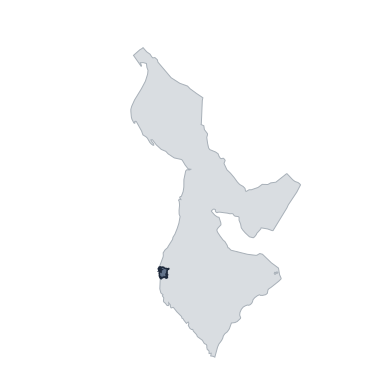 location of Angoche, Nampula, Mozambique, rotated 142°
{"feature_id": "85939544B28799715012212", "entity_name": "Angoche", "entity_type": "district", "adm_level": 2, "iso_a3": "MOZ", "parent_name": "Mozambique", "parent_adm1": "Nampula", "projection": "albers", "projection_center": [39.817, -16.095], "detail": "fine", "context": "in_parent", "style": "filled", "palette": "slate", "viewbox_px": 384, "rotation_deg": 142, "n_neighbors": 0, "source": "geoboundaries", "source_scale": "gbopen_adm2", "svg_char_len": 7428}
<svg xmlns="http://www.w3.org/2000/svg" viewBox="0 0 384 384"><g transform="rotate(142 192 192)"><path d="M125.4,259.6L127.6,257.7L142.4,240.3L143.3,239.6L141.9,236.9L143.8,233.6L143.9,228.5L144.5,227.6L146.8,225.9L149.9,220.5L151.8,216.4L151.9,214.5L148.8,209.0L147.9,206.1L148.7,203.5L148.9,201.1L148.5,200.3L146.6,199.4L146.3,198.3L146.3,197.0L146.6,196.3L148.8,195.1L149.3,194.5L150.8,188.0L150.1,183.1L149.9,177.6L150.1,171.8L149.8,168.6L148.3,164.9L148.0,162.2L149.0,160.3L149.1,159.1L145.6,158.6L143.8,157.2L137.1,154.9L132.0,154.8L127.6,151.2L124.3,150.7L119.9,148.1L106.4,148.2L105.9,147.9L105.1,139.7L104.4,137.0L102.6,134.1L102.1,132.1L102.1,130.8L109.5,127.4L124.0,122.6L127.1,121.0L151.9,111.7L152.6,112.2L155.2,116.4L159.6,121.2L160.6,120.5L166.5,119.5L167.4,118.9L169.2,118.4L171.3,118.1L172.0,118.3L174.3,121.3L175.2,127.0L175.4,130.8L175.2,133.5L173.5,136.7L172.3,140.8L170.5,143.0L170.6,144.0L172.8,146.3L173.3,147.3L173.2,149.4L173.6,150.2L175.5,151.5L177.0,153.4L182.5,159.0L183.9,160.0L185.0,160.3L185.5,161.4L185.3,162.7L184.4,163.5L184.8,164.6L185.8,165.4L188.3,165.2L188.6,164.8L188.3,159.7L187.4,156.8L186.3,155.4L188.3,149.9L189.4,148.3L193.4,147.7L195.3,147.1L196.0,146.4L196.6,144.7L197.0,139.8L197.1,135.2L196.6,132.5L197.1,128.4L198.0,125.9L197.5,125.4L197.1,122.1L186.6,108.7L180.7,102.8L179.7,102.2L176.5,101.8L174.8,99.6L173.1,87.5L170.7,78.8L173.9,72.9L174.9,69.1L175.6,68.6L178.5,68.3L188.7,68.2L191.2,68.4L192.4,68.1L195.0,65.8L197.1,65.7L200.1,67.1L201.7,68.4L202.0,69.4L204.0,70.0L207.7,70.1L210.3,69.5L212.0,68.2L213.7,67.5L215.6,67.4L217.0,67.8L217.9,68.8L219.7,69.4L222.4,69.8L225.3,69.2L228.4,67.5L230.2,65.7L231.1,62.9L231.7,62.5L236.2,62.1L238.6,62.7L241.6,64.5L246.8,61.2L250.2,60.1L253.3,60.1L255.9,59.3L257.9,57.8L260.1,56.8L264.5,55.6L267.4,54.0L275.7,47.8L276.6,49.6L278.2,51.3L276.1,53.1L278.0,54.2L276.6,56.0L276.4,57.2L277.0,58.3L276.1,60.3L274.9,61.8L274.6,63.0L275.6,65.0L275.1,68.7L276.8,74.7L276.2,76.8L276.6,81.5L276.0,83.3L277.0,83.9L277.6,85.8L277.1,89.1L275.3,90.5L275.1,91.9L277.3,91.9L277.3,96.1L277.0,97.3L277.6,98.7L276.9,100.3L277.7,107.0L277.7,111.8L277.8,112.6L279.8,113.5L279.7,114.8L278.5,116.5L278.6,119.1L279.9,117.1L280.7,117.1L281.5,117.9L281.5,120.8L281.9,122.3L281.7,123.6L279.4,126.0L279.3,128.4L278.4,128.7L278.0,129.2L278.6,130.6L278.6,131.8L277.0,135.5L269.4,144.4L269.2,145.9L267.3,148.7L265.2,149.1L264.0,149.9L264.9,152.4L254.8,158.6L253.8,159.5L252.2,161.8L248.8,163.0L245.2,163.2L244.6,163.7L236.5,166.6L234.9,168.0L231.4,169.3L225.9,172.5L221.5,175.5L216.5,180.0L215.8,182.4L213.5,185.5L209.9,189.3L207.9,192.4L207.7,193.7L206.5,194.2L205.4,192.9L205.0,195.4L204.1,195.6L203.1,195.1L198.7,197.8L195.4,200.9L190.8,206.7L184.0,212.5L182.4,212.7L180.2,210.8L179.0,210.7L180.8,212.7L180.8,217.4L180.1,222.9L180.3,224.1L185.0,229.8L187.3,236.6L187.6,240.1L190.0,244.5L191.1,251.2L191.0,257.5L192.2,258.4L192.6,257.5L192.6,253.6L193.2,252.5L193.9,252.7L194.5,254.8L194.7,257.0L194.0,261.9L194.3,263.9L195.5,267.2L194.2,271.1L192.5,281.8L192.9,282.5L194.0,282.7L194.3,281.5L194.9,281.5L195.3,282.2L194.5,286.4L193.7,288.3L190.8,292.8L189.3,294.8L186.7,296.7L180.6,299.9L168.3,304.5L160.5,308.0L154.4,312.2L151.8,314.9L150.8,318.0L148.8,321.3L150.7,323.9L153.1,325.7L154.1,322.5L154.7,322.4L154.0,335.7L145.5,336.2L143.1,335.8L141.7,335.9L141.4,330.4L140.2,326.4L140.5,323.4L140.3,321.8L138.5,320.8L137.9,317.7L138.9,315.2L138.1,294.9L134.7,285.2L130.3,278.2L130.0,274.7L127.8,266.9L125.4,259.6ZM176.3,77.8L177.3,77.3L177.5,76.2L176.8,75.8L176.2,75.9L175.9,77.5L176.3,77.8ZM175.5,76.0L174.6,75.3L174.0,75.5L173.8,76.1L174.5,76.9L175.2,76.9L175.5,76.0Z" fill="#d9dde1" stroke="#a8b0b8" stroke-width="1"/><path d="M270.0,143.4L270.0,143.2L269.9,143.2L269.8,143.3L269.7,143.3L269.5,143.2L269.4,143.2L269.4,143.3L269.4,143.2L269.3,143.3L269.2,143.2L269.2,143.3L269.0,143.2L268.9,143.2L268.9,143.3L268.7,143.2L268.3,143.1L268.1,143.1L267.9,142.9L267.6,142.8L267.5,142.7L267.4,142.5L267.4,142.4L267.2,142.3L266.9,142.2L266.5,142.1L266.2,142.2L265.9,141.9L265.7,141.8L265.6,141.7L265.8,141.6L265.8,141.4L265.7,141.4L265.7,141.5L265.5,141.2L265.4,141.0L265.4,140.8L265.4,140.6L265.5,140.5L265.5,140.4L265.5,140.2L265.3,140.2L265.2,140.1L265.2,139.9L264.9,139.8L264.7,139.8L264.4,139.9L264.1,139.7L263.9,139.9L263.9,140.1L263.7,140.2L263.7,140.4L263.6,140.6L263.8,140.8L264.0,141.0L264.3,141.3L264.5,141.5L264.3,141.6L264.1,141.6L263.7,141.6L263.6,142.0L263.5,141.9L263.4,141.8L263.1,141.8L262.9,141.8L262.8,141.7L262.7,141.7L262.3,141.6L262.2,141.7L262.1,141.8L262.1,142.1L262.3,142.2L262.4,142.5L262.5,142.6L262.8,143.0L263.1,143.2L263.0,143.3L262.9,143.2L262.7,143.2L262.7,143.3L262.4,143.3L262.0,143.4L262.0,143.5L261.9,143.5L261.8,143.4L261.6,143.5L261.3,143.5L261.2,144.0L261.4,144.3L261.3,144.5L260.9,144.5L260.7,144.6L260.6,144.8L260.2,145.0L259.9,145.3L260.0,145.5L259.9,145.6L259.7,145.7L259.6,145.8L259.3,146.1L259.2,146.1L259.3,146.0L259.2,145.9L258.9,145.9L258.6,145.9L258.5,145.7L258.1,145.5L257.9,145.6L257.7,145.7L257.7,145.8L257.5,146.0L257.8,146.3L258.3,146.4L258.4,146.5L258.7,146.6L258.8,146.7L258.8,146.8L258.9,147.0L259.0,147.0L259.4,147.4L259.4,147.6L259.5,147.9L259.7,148.0L259.9,148.0L260.1,148.1L260.2,148.3L260.3,148.5L260.5,148.8L260.7,149.0L260.7,149.3L260.6,149.5L260.6,149.8L260.6,150.0L260.9,150.2L260.9,150.3L261.0,150.4L261.0,150.5L261.2,150.8L261.4,150.9L261.5,151.0L261.6,150.9L262.0,151.1L262.3,151.5L262.5,151.6L262.9,151.6L263.0,151.7L263.0,151.8L263.2,152.0L263.0,152.3L263.0,152.5L263.3,152.7L263.5,152.7L263.6,152.8L264.0,152.9L264.1,153.0L264.3,152.9L265.1,152.5L265.3,152.5L265.3,152.4L265.2,152.3L264.8,152.1L264.7,152.1L264.4,152.0L264.2,152.1L264.4,151.9L264.6,151.9L264.6,151.7L264.4,151.5L264.3,151.4L264.1,151.1L264.0,150.9L264.0,150.6L263.9,150.3L263.7,150.4L263.9,150.1L264.0,150.1L264.4,149.8L264.2,149.8L263.8,149.8L263.6,149.5L263.5,149.4L263.4,149.3L263.5,149.3L263.7,149.5L263.8,149.7L264.2,149.7L264.3,149.6L264.7,149.5L264.9,149.5L265.0,149.4L265.2,149.2L265.3,149.1L265.2,148.9L265.3,148.9L265.5,149.0L265.7,148.9L265.7,148.6L265.5,148.3L265.6,148.2L265.6,147.9L265.8,147.8L265.9,148.1L265.7,148.3L265.9,148.8L265.9,149.0L266.0,149.1L266.5,149.0L266.9,149.0L267.2,148.8L267.5,148.4L268.0,148.0L268.1,147.8L268.1,147.6L268.4,147.0L268.5,146.9L268.8,146.7L269.2,146.2L269.3,146.1L269.2,146.0L269.2,145.9L269.3,145.8L269.4,145.6L269.5,145.2L269.8,144.8L269.8,144.6L269.9,144.3L269.9,144.2L269.8,144.3L269.8,144.5L269.7,144.6L269.5,144.8L269.3,144.9L268.9,144.8L268.7,145.2L268.7,144.9L268.8,144.8L269.0,144.7L269.3,144.7L269.6,144.2L269.5,143.8L269.7,143.7L269.8,143.6L270.0,143.4ZM265.6,149.8L265.6,149.7L265.1,149.8L264.8,149.8L264.7,149.8L264.5,150.2L264.4,150.2L264.3,150.5L264.2,150.6L264.2,150.8L264.2,151.0L264.4,151.1L264.5,151.2L264.7,151.6L264.8,151.8L265.1,152.1L265.6,152.1L265.8,152.2L266.0,151.9L266.1,151.6L265.9,151.6L266.0,151.4L266.0,151.2L266.2,150.9L266.7,150.3L266.7,150.1L266.8,150.1L266.7,150.0L266.5,150.4L266.4,150.5L266.2,150.5L266.2,150.8L266.1,150.6L266.2,150.4L266.3,150.4L266.3,150.2L266.1,150.3L265.9,150.4L265.9,150.5L265.7,150.6L265.8,150.5L265.9,150.4L266.1,150.1L266.2,149.9L266.0,149.6L265.8,149.6L265.7,149.7L265.7,149.8L265.5,150.0L265.3,150.2L265.2,150.2L265.2,150.4L265.1,150.2L265.5,149.9L265.6,149.8ZM264.1,150.9L264.1,150.6L264.3,150.2L264.0,150.2L263.9,150.3L264.0,150.5L264.1,150.8L264.1,150.9Z" fill="#64748b" stroke="#1e293b" stroke-width="1.5"/></g></svg>